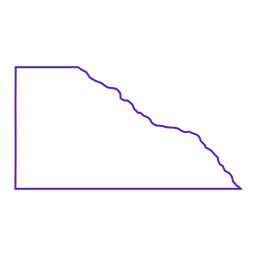 the district of Winona, Minnesota, United States of America
{"feature_id": "52423323B34480475653148", "entity_name": "Winona", "entity_type": "district", "adm_level": 2, "iso_a3": "USA", "parent_name": "United States of America", "parent_adm1": "Minnesota", "projection": "robinson", "projection_center": [-91.574, 44.02], "detail": "fine", "context": "isolated", "style": "outline", "palette": "violet", "viewbox_px": 256, "rotation_deg": 0, "n_neighbors": 0, "source": "geoboundaries", "source_scale": "gbopen_adm2", "svg_char_len": 1293}
<svg xmlns="http://www.w3.org/2000/svg" viewBox="0 0 256 256"><path d="M15.4,188.8L114.2,188.8L240.6,188.8L238.7,186.8L237.1,185.9L236.5,185.4L235.8,184.4L233.0,181.6L232.4,178.7L231.8,176.6L230.3,174.2L228.2,172.5L225.3,171.0L224.1,169.2L223.0,166.6L222.6,166.0L221.5,165.1L220.0,164.4L219.9,164.1L218.2,160.8L217.8,157.9L217.2,157.0L214.8,154.6L211.8,151.1L209.2,149.3L206.1,147.7L205.7,147.3L204.8,145.3L204.2,144.4L200.9,141.1L200.6,140.5L200.5,140.3L200.2,139.1L199.3,137.2L198.6,136.1L197.2,135.0L196.3,134.5L191.5,132.8L189.8,131.8L188.4,131.7L185.6,132.2L184.9,132.2L180.9,130.6L178.9,129.1L177.4,128.3L172.6,127.5L169.9,127.5L166.2,127.2L162.8,126.1L158.7,125.6L156.8,125.6L156.1,125.4L153.4,124.0L151.8,122.7L150.2,119.7L149.1,118.4L148.2,117.7L146.8,116.9L144.4,116.0L143.3,115.4L141.7,113.8L140.4,112.8L139.7,112.6L138.9,113.0L138.5,112.9L137.6,112.5L136.4,110.9L135.0,109.9L134.3,108.9L133.2,106.6L132.7,105.1L132.2,104.4L128.1,100.8L126.9,100.4L125.3,100.6L124.2,100.4L120.8,98.5L120.5,98.0L120.6,96.0L120.2,93.7L119.9,92.7L117.5,89.7L117.3,89.6L116.8,89.2L114.2,88.3L108.2,87.6L106.8,86.9L103.5,84.6L101.8,83.2L95.5,80.8L92.3,79.0L89.7,77.3L86.4,72.3L85.4,71.6L82.0,70.0L78.1,67.2L15.7,67.2L15.5,97.4L15.6,158.2L15.4,188.8Z" fill="none" stroke="#5b21b6" stroke-width="2"/></svg>